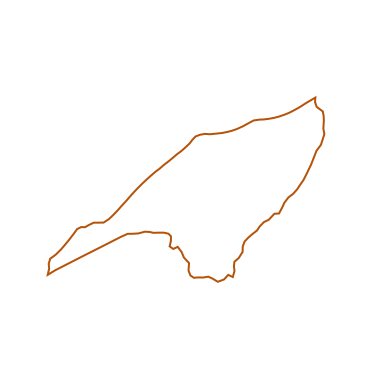 Marataízes, Espírito Santo, Brazil (Robinson projection), rotated 209°
{"feature_id": "56859067B39153439684359", "entity_name": "Marataízes", "entity_type": "district", "adm_level": 2, "iso_a3": "BRA", "parent_name": "Brazil", "parent_adm1": "Espírito Santo", "projection": "robinson", "projection_center": [-40.886, -21.093], "detail": "fine", "context": "isolated", "style": "outline", "palette": "amber", "viewbox_px": 384, "rotation_deg": 209, "n_neighbors": 0, "source": "geoboundaries", "source_scale": "gbopen_adm2", "svg_char_len": 1748}
<svg xmlns="http://www.w3.org/2000/svg" viewBox="0 0 384 384"><g transform="rotate(209 192 192)"><path d="M105.5,215.4L105.6,222.0L106.0,227.5L105.0,234.1L102.7,239.3L101.3,245.5L100.9,250.8L100.3,256.6L100.5,262.8L100.9,269.2L101.1,273.5L103.1,288.3L102.1,295.8L104.3,306.8L107.9,311.2L111.4,318.6L113.8,322.4L116.7,325.9L124.2,326.9L128.0,330.3L129.9,334.4L132.8,329.4L135.5,324.9L137.6,320.9L139.8,317.0L142.2,313.2L144.9,309.1L148.1,305.0L152.6,300.0L156.2,296.6L160.5,293.1L164.6,290.1L168.0,288.1L172.8,284.4L175.9,279.6L179.5,273.9L183.4,268.7L186.8,264.9L190.5,261.4L193.9,258.5L197.4,256.0L201.0,253.5L204.5,251.1L208.7,249.2L212.7,246.0L215.8,242.3L217.0,237.7L217.6,233.4L219.4,227.7L221.3,222.4L223.3,218.1L224.8,214.1L227.0,208.3L229.8,201.9L231.6,196.8L233.9,191.7L236.1,185.7L237.7,180.9L239.3,176.1L241.2,169.6L242.8,163.4L244.2,157.2L245.4,151.5L246.8,145.9L248.0,140.4L249.5,134.5L251.5,128.1L254.5,122.4L258.5,120.1L263.0,117.6L266.3,113.0L268.5,109.3L271.8,107.7L274.5,103.9L275.2,98.0L276.2,91.3L277.4,84.7L278.8,77.9L280.9,70.9L283.7,64.9L282.5,59.7L279.9,56.0L278.0,49.6L273.7,57.2L264.9,70.3L259.8,77.9L256.1,83.4L245.4,99.1L237.9,110.2L232.5,118.2L228.0,124.2L223.5,126.8L218.9,129.7L214.0,134.4L209.7,136.5L205.9,137.6L201.6,140.2L196.8,142.8L192.5,144.1L189.0,143.1L186.8,139.2L185.2,133.6L180.8,133.1L177.9,137.1L171.9,134.4L167.4,130.8L160.1,128.4L156.9,121.5L152.8,118.2L148.7,117.9L145.5,120.1L140.8,122.6L136.8,125.8L132.3,126.2L125.9,126.0L121.6,131.0L120.1,137.1L115.1,137.4L116.5,143.4L119.3,147.4L121.1,151.5L119.1,157.0L118.7,164.2L121.2,168.9L122.0,174.1L120.7,179.2L118.8,184.4L116.5,189.8L116.1,194.6L114.5,200.6L111.4,204.9L109.4,212.9L105.5,215.4Z" fill="none" stroke="#b45309" stroke-width="2"/></g></svg>